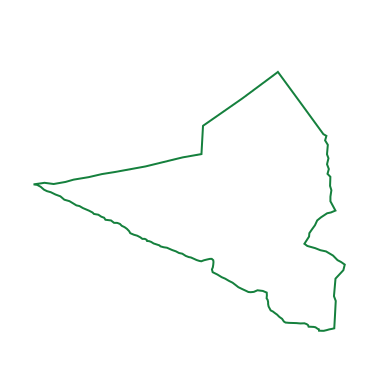 the district of At Tadamon - SK, South Kordufan, Sudan, rotated 275°
{"feature_id": "16777658B49478662281146", "entity_name": "At Tadamon - SK", "entity_type": "district", "adm_level": 2, "iso_a3": "SDN", "parent_name": "Sudan", "parent_adm1": "South Kordufan", "projection": "natural_earth1", "projection_center": [31.568, 12.176], "detail": "fine", "context": "isolated", "style": "outline", "palette": "green", "viewbox_px": 384, "rotation_deg": 275, "n_neighbors": 0, "source": "geoboundaries", "source_scale": "gbopen_adm2", "svg_char_len": 2266}
<svg xmlns="http://www.w3.org/2000/svg" viewBox="0 0 384 384"><g transform="rotate(275 192 192)"><path d="M64.9,330.6L65.0,332.4L65.1,334.0L65.2,335.4L65.6,336.5L66.0,337.8L67.1,340.7L67.9,343.5L68.6,345.6L81.5,345.2L92.8,344.8L96.0,344.7L100.6,342.5L118.2,342.5L127.3,349.6L133.0,350.5L135.3,346.5L136.8,342.9L141.0,338.0L144.5,330.7L145.2,325.0L146.8,319.6L148.3,311.6L150.2,308.5L157.8,312.5L161.2,312.5L165.1,314.7L169.6,317.4L174.6,319.2L178.0,322.7L182.6,328.5L183.7,332.1L186.0,336.5L194.8,330.7L199.4,330.3L205.9,330.7L210.1,329.0L216.0,328.7L219.2,328.5L221.9,325.4L226.8,326.3L231.4,324.1L234.2,324.5L237.5,325.0L241.3,323.2L250.8,323.2L255.0,320.1L259.6,321.0L261.1,317.8L289.9,292.7L319.1,267.1L318.8,266.8L318.6,266.6L316.0,263.7L289.7,234.1L259.0,197.3L258.8,197.2L231.1,198.1L230.6,198.1L225.7,179.8L223.9,174.4L213.4,143.4L205.1,113.1L202.0,100.7L197.8,87.8L194.1,73.4L194.0,73.0L191.0,65.1L187.9,53.5L188.0,51.1L188.3,44.2L187.6,41.4L185.8,33.5L185.7,34.9L185.6,37.1L184.0,40.8L181.4,44.4L180.2,47.5L179.5,51.3L177.6,56.2L176.2,61.3L173.2,65.5L172.2,70.7L170.5,74.2L168.6,78.0L168.2,81.1L166.5,84.7L164.4,91.1L162.9,94.7L161.6,96.2L161.2,100.7L159.5,103.8L158.7,106.7L156.8,108.2L156.6,113.8L154.5,117.0L154.7,120.3L153.9,123.0L152.2,125.0L151.1,127.9L149.6,130.4L147.5,132.8L145.6,134.1L144.4,137.7L143.7,141.2L142.3,144.6L141.0,146.6L141.2,149.0L140.4,151.0L139.3,151.5L139.3,153.5L138.7,155.7L137.4,158.2L136.8,160.8L136.0,164.2L135.1,165.3L134.5,168.6L134.3,171.9L133.2,175.1L132.4,177.5L131.5,181.1L130.1,184.4L129.7,187.7L127.8,191.3L126.9,194.4L126.7,196.6L125.7,199.5L124.6,202.6L124.0,205.3L123.8,207.3L125.0,209.8L125.9,212.4L126.9,215.5L127.1,217.5L125.9,219.1L124.2,219.5L121.4,219.5L118.7,219.3L116.6,218.6L113.9,219.6L112.0,224.5L109.7,229.1L108.6,232.5L106.7,236.5L105.2,240.3L103.1,243.6L101.2,246.5L99.6,250.7L98.3,254.3L97.3,256.9L97.3,259.2L97.9,262.3L99.8,265.8L99.6,271.2L98.3,275.2L95.6,275.6L92.6,275.6L91.2,276.7L89.1,277.4L87.0,277.6L84.6,278.3L80.9,280.7L80.0,283.0L78.7,285.0L77.3,287.4L75.2,289.9L73.5,292.8L71.0,294.8L70.1,296.5L70.1,300.1L70.5,307.4L70.5,311.4L71.0,315.4L70.4,317.7L69.5,319.2L68.0,319.9L68.2,324.8L68.0,326.8L66.6,329.2L66.3,330.3L64.9,330.6Z" fill="none" stroke="#15803d" stroke-width="2"/></g></svg>